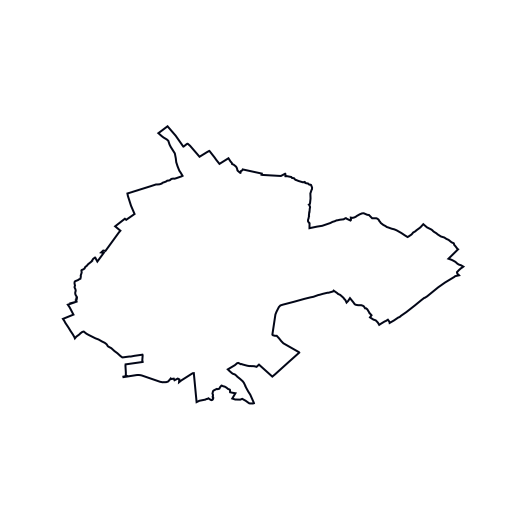 Vaslui, Vaslui, Romania, rotated 349°
{"feature_id": "2599482B13653290667893", "entity_name": "Vaslui", "entity_type": "district", "adm_level": 2, "iso_a3": "ROU", "parent_name": "Romania", "parent_adm1": "Vaslui", "projection": "equal_earth", "projection_center": [27.742, 46.653], "detail": "fine", "context": "isolated", "style": "outline", "palette": "ink", "viewbox_px": 512, "rotation_deg": 349, "n_neighbors": 0, "source": "geoboundaries", "source_scale": "gbopen_adm2", "svg_char_len": 6089}
<svg xmlns="http://www.w3.org/2000/svg" viewBox="0 0 512 512"><g transform="rotate(349 256 256)"><path d="M220.8,381.6L219.9,378.2L219.1,376.5L217.0,373.7L214.6,370.9L213.8,369.6L212.5,368.1L211.1,367.4L210.1,366.5L208.0,363.8L206.7,361.9L214.5,359.1L217.1,357.6L218.3,357.6L220.4,359.3L221.2,359.3L222.1,359.9L226.4,362.0L228.2,362.7L233.1,363.8L235.4,364.9L238.2,363.2L249.0,377.5L252.1,375.8L268.7,365.8L280.0,359.1L279.8,358.6L266.2,346.9L264.5,344.3L262.9,341.2L261.1,338.3L259.5,338.0L257.6,337.1L257.2,336.7L257.1,336.2L263.9,317.1L265.5,314.6L268.7,310.5L270.5,309.2L273.0,308.9L284.2,308.2L295.5,307.3L301.5,307.0L304.6,307.0L309.7,306.2L311.2,306.2L314.3,305.9L319.3,305.7L320.2,305.9L324.9,305.5L325.6,304.8L328.8,308.1L329.1,308.7L330.7,309.9L331.2,310.2L333.5,313.2L334.2,314.3L334.6,315.4L335.0,315.7L335.4,316.6L336.0,319.0L337.9,317.7L339.7,315.8L340.2,315.3L342.7,320.0L343.7,322.2L344.8,323.0L346.9,323.8L350.0,324.4L351.5,325.3L352.3,326.1L353.1,328.2L354.1,328.4L354.6,329.1L355.0,329.4L356.5,333.4L356.5,333.9L356.9,334.2L358.1,336.2L356.2,338.0L359.2,340.9L360.4,341.5L361.4,342.2L362.9,344.6L363.5,346.2L363.8,347.1L366.0,346.2L369.8,344.8L371.0,344.6L373.3,343.7L374.4,346.0L374.4,347.2L379.1,345.6L384.0,343.5L384.9,343.4L386.2,342.9L386.6,342.5L392.8,339.8L402.6,334.8L410.0,330.8L413.2,329.2L413.6,329.3L416.2,328.3L428.9,321.5L436.5,318.1L446.6,314.4L447.7,313.8L451.6,313.7L451.2,313.0L450.6,312.6L450.2,311.2L450.2,310.2L452.6,308.5L454.8,307.2L456.5,306.5L457.5,306.0L455.6,304.3L453.3,303.0L452.0,301.7L451.4,300.8L450.4,299.6L448.6,298.1L447.3,297.1L444.4,295.4L455.6,288.0L455.1,287.5L453.7,284.6L452.7,282.9L452.6,281.5L452.5,281.2L450.6,279.9L448.1,276.9L446.1,275.5L444.4,273.8L441.2,272.1L440.5,271.4L438.4,269.4L437.4,268.1L435.4,266.3L434.6,265.4L434.1,264.5L433.2,263.5L429.3,260.5L426.3,256.7L423.2,259.0L422.0,259.7L418.1,261.5L417.3,262.1L414.6,263.0L413.9,263.7L412.7,264.6L409.4,266.0L408.4,266.3L405.9,264.0L403.1,261.2L398.9,257.6L396.8,256.2L394.4,255.1L391.4,253.3L389.9,252.5L388.8,251.3L386.9,249.8L384.8,247.4L384.2,245.9L383.8,245.4L383.5,244.3L383.1,243.5L382.3,242.6L381.3,241.9L377.2,241.1L374.7,237.3L373.1,236.8L369.9,234.6L368.2,234.4L365.7,234.9L362.4,236.0L361.5,236.5L359.9,236.9L358.0,237.0L356.4,236.4L356.1,238.7L355.5,239.2L352.1,236.7L351.5,236.0L351.0,236.0L349.0,236.7L345.3,236.4L343.0,236.5L341.8,236.4L339.9,236.9L337.6,237.1L335.3,237.8L326.7,239.0L321.6,238.8L313.8,238.9L314.8,234.1L314.6,233.6L314.2,233.3L313.7,231.8L313.8,231.2L314.1,230.2L314.9,228.8L315.1,228.1L315.7,227.0L315.6,226.6L316.6,223.2L316.8,223.2L317.1,222.3L317.8,219.8L318.3,218.7L318.4,218.0L318.1,216.5L318.2,216.1L317.8,215.7L318.8,215.1L319.2,214.2L320.5,210.0L321.3,205.0L323.1,201.8L323.7,201.1L324.1,199.5L323.6,196.8L323.1,196.4L322.4,196.3L321.8,196.0L320.8,194.7L319.5,194.3L318.3,193.7L318.1,193.1L318.1,192.8L317.6,192.5L316.9,192.7L316.1,192.6L312.1,190.5L309.8,189.0L309.3,188.8L308.5,187.7L308.3,187.1L307.9,186.8L306.3,186.3L306.2,186.0L305.7,185.2L301.1,183.3L300.7,183.5L300.1,183.3L300.5,181.1L300.3,180.8L295.7,182.2L277.6,177.6L276.9,177.3L277.4,176.2L259.5,168.5L259.2,169.0L258.6,169.4L257.4,169.8L256.7,171.2L256.6,171.4L256.3,171.3L254.3,168.8L254.1,168.3L254.1,167.1L253.9,165.7L253.6,164.8L253.2,164.1L251.4,162.0L250.1,161.2L250.0,160.0L249.0,158.3L247.6,154.8L237.7,158.6L235.3,154.0L234.1,151.3L230.4,144.1L230.2,143.9L227.7,144.7L219.5,147.8L212.3,135.2L210.5,132.9L210.0,132.7L209.2,133.0L206.5,134.4L205.7,134.8L205.5,134.7L200.1,122.6L193.9,111.8L183.6,116.8L186.3,120.3L187.8,122.0L190.7,124.6L191.9,126.2L192.4,130.1L193.1,132.6L195.9,139.8L195.9,144.8L195.6,148.7L196.1,152.9L197.0,157.6L198.1,160.2L199.2,163.3L198.2,163.6L192.7,164.4L190.8,164.6L189.5,164.2L187.6,164.2L186.1,165.1L184.9,165.3L183.3,165.1L181.7,165.8L178.2,166.3L177.3,166.9L175.1,167.2L173.8,167.1L171.4,166.7L165.8,167.4L141.7,170.1L141.7,172.6L142.9,182.8L144.8,191.6L135.5,195.7L134.4,194.4L123.4,200.0L127.7,205.3L125.8,206.8L109.2,222.3L107.1,221.5L104.7,223.0L107.1,223.9L99.2,231.2L98.2,228.0L98.0,227.2L97.7,226.8L95.7,227.7L94.6,228.8L94.3,229.2L94.3,229.4L93.9,229.5L93.7,229.9L89.5,232.1L88.1,233.3L86.5,234.1L85.9,234.6L85.4,235.5L84.2,236.1L82.3,236.5L81.9,236.8L81.7,239.0L80.2,241.8L80.2,242.4L79.9,243.4L79.3,244.8L77.7,245.2L76.6,245.7L73.8,246.2L73.2,246.6L72.9,247.1L72.6,248.5L72.7,250.5L72.1,251.5L71.9,252.2L72.4,254.2L72.4,255.6L72.0,256.6L71.7,257.0L71.4,258.3L71.4,259.2L71.6,260.1L72.4,262.3L72.0,263.6L71.5,263.5L71.5,264.4L70.7,264.9L71.3,266.1L71.2,266.6L66.5,266.9L67.0,267.2L62.0,267.9L63.2,270.7L63.7,272.3L65.6,278.7L54.5,280.9L55.5,283.3L56.1,285.3L58.4,290.8L59.6,294.1L61.2,297.9L62.2,300.8L62.5,302.3L64.2,300.9L67.8,299.2L68.7,298.5L71.0,297.4L72.5,297.3L74.7,299.9L76.6,301.5L82.7,306.2L85.5,307.9L88.6,310.6L90.9,312.3L91.9,313.4L92.6,314.3L93.3,316.2L93.7,316.7L96.4,318.9L98.9,322.3L101.4,325.0L103.9,328.4L105.4,330.0L105.7,330.1L112.4,330.5L113.8,330.8L117.7,330.8L125.7,331.2L125.8,331.6L125.6,332.6L124.5,336.6L124.4,337.2L124.6,337.6L124.5,338.4L107.3,337.5L106.9,338.8L106.0,345.6L105.5,348.0L105.9,348.7L106.2,348.9L104.2,349.1L102.8,349.1L102.8,349.6L116.1,350.1L117.6,350.3L119.5,350.8L121.1,351.5L137.9,361.2L140.2,362.1L143.8,362.7L145.5,362.5L146.0,362.3L148.8,360.1L148.9,360.6L151.9,360.7L152.3,362.4L155.8,361.4L157.2,362.5L156.4,365.2L158.9,363.9L170.1,359.5L171.6,359.0L172.6,359.1L169.8,388.1L172.8,387.3L178.9,387.3L180.1,386.9L181.2,387.0L182.1,386.6L184.0,388.5L184.8,389.0L185.7,388.9L186.3,388.5L186.4,387.7L186.9,387.4L187.0,386.8L186.9,386.2L186.6,386.1L186.6,385.8L187.2,384.6L187.3,384.1L187.0,382.8L188.0,380.5L188.9,379.9L192.1,379.0L192.3,379.0L192.9,379.4L194.6,379.3L194.9,379.1L195.4,378.2L197.2,376.7L197.5,376.6L199.1,377.7L200.3,378.2L201.9,379.6L203.2,381.2L204.7,382.1L204.9,382.5L204.6,384.8L206.9,385.8L209.6,386.8L205.5,391.4L208.2,392.9L213.1,394.0L215.2,393.6L218.2,396.1L221.1,399.2L221.9,399.6L224.8,400.2L225.9,400.1L225.9,399.8L223.9,391.0L222.6,387.8L221.4,384.1L220.7,381.7L220.8,381.6Z" fill="none" stroke="#020617" stroke-width="2"/></g></svg>